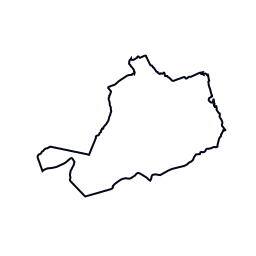 SVG path tracing the border of Sistan and Baluchestan, rotated 242°
{"feature_id": "IRN-3247", "entity_name": "Sistan and Baluchestan", "entity_type": "Province", "adm_level": 1, "iso_a3": "IRN", "parent_name": "Iran", "parent_adm1": "", "projection": "mercator", "projection_center": [61.271, 28.254], "detail": "fine", "context": "isolated", "style": "outline", "palette": "ink", "viewbox_px": 256, "rotation_deg": 242, "n_neighbors": 0, "source": "natural_earth", "source_scale": "10m", "svg_char_len": 5420}
<svg xmlns="http://www.w3.org/2000/svg" viewBox="0 0 256 256"><g transform="rotate(242 128 128)"><path d="M142.7,34.1L144.2,34.4L144.9,34.6L145.4,35.0L146.3,36.2L146.5,36.8L146.3,38.1L146.3,38.8L146.6,39.4L147.3,40.6L147.5,41.2L147.6,42.1L147.6,42.5L148.1,43.4L148.4,44.5L148.5,45.1L148.5,45.7L148.4,46.3L147.9,47.3L148.0,47.7L148.1,49.8L147.9,49.9L147.8,50.1L147.8,50.6L147.9,50.8L147.5,51.3L145.3,53.9L141.9,58.0L138.9,61.6L136.8,64.2L133.9,67.6L132.4,69.4L130.3,72.0L126.2,76.9L124.2,79.3L122.6,81.0L124.8,83.6L126.2,85.2L127.9,87.3L129.9,89.7L131.9,92.2L134.1,94.7L134.6,95.2L135.2,95.4L135.6,95.7L135.9,96.5L135.8,97.1L135.5,98.1L135.5,98.7L135.8,99.3L136.6,100.3L137.0,100.8L137.0,101.1L137.1,101.9L137.2,102.2L137.5,102.5L137.8,102.6L138.0,102.7L138.3,102.8L138.6,103.2L138.7,103.8L138.9,104.2L139.4,104.4L139.6,104.6L139.7,104.9L139.6,105.1L139.4,105.4L139.2,105.6L139.1,105.8L139.4,106.1L139.7,106.3L140.0,106.5L140.2,106.8L141.3,109.4L141.5,110.0L141.6,110.5L141.7,110.9L142.5,111.8L143.2,113.4L144.0,114.4L146.7,116.8L147.8,118.3L149.5,119.8L150.3,120.8L150.8,121.1L152.4,121.5L153.6,122.2L154.4,122.5L156.2,122.6L157.0,122.8L159.2,123.8L162.7,124.5L163.4,124.9L163.7,125.2L164.0,125.6L164.2,126.0L164.7,126.3L165.1,126.4L165.4,126.6L165.5,126.9L165.7,127.4L166.1,128.0L167.8,129.8L168.3,130.2L172.6,129.3L173.2,129.7L173.3,130.7L172.9,133.8L172.5,137.2L173.0,139.2L173.7,142.1L173.9,143.9L174.1,146.3L174.2,147.8L174.5,150.5L174.6,152.1L174.4,153.3L173.1,156.4L173.6,157.1L173.7,157.4L173.7,157.9L173.5,158.3L173.4,158.6L173.1,158.8L172.7,158.9L173.8,159.9L174.2,160.1L174.4,160.1L174.8,159.9L175.0,159.8L175.8,160.3L176.7,160.4L177.4,160.4L178.9,160.1L179.6,160.0L181.0,159.6L181.7,159.5L182.1,159.6L182.5,159.6L183.9,159.1L184.2,159.1L184.5,159.2L185.2,159.9L185.5,160.0L186.1,160.3L186.4,160.4L186.6,160.7L187.0,161.3L187.9,163.3L187.5,163.1L186.9,163.1L186.4,163.3L186.1,163.8L186.0,164.1L185.7,164.5L185.6,164.8L185.6,165.2L185.7,168.5L185.9,169.1L186.3,169.5L186.5,170.0L186.4,170.6L186.0,170.9L184.9,171.1L184.5,171.3L184.3,171.8L184.1,176.1L183.8,177.2L183.2,177.8L182.7,177.7L182.3,177.5L182.1,177.4L181.3,177.6L180.3,177.6L179.2,177.4L176.9,177.4L174.8,177.3L173.0,177.3L172.7,177.4L172.5,177.6L172.2,178.1L172.1,178.3L171.9,178.4L171.6,178.5L170.8,178.6L170.6,178.6L170.3,178.5L170.0,178.4L169.8,178.6L169.6,178.8L169.4,179.0L168.8,179.1L164.4,179.6L164.2,179.7L163.9,179.9L163.7,180.2L163.6,180.4L163.3,180.4L162.8,180.4L162.5,180.4L162.3,180.5L161.9,180.8L161.7,180.9L161.2,181.1L161.0,181.3L160.8,181.5L160.9,181.9L161.0,182.1L161.0,182.3L160.7,182.8L159.9,183.6L159.7,184.0L159.8,184.7L160.1,185.2L160.1,185.6L159.5,185.9L158.6,185.8L157.4,185.4L156.4,185.2L155.9,186.0L155.8,186.7L155.6,187.0L154.5,187.2L154.0,187.3L153.5,187.6L152.5,188.2L149.4,189.1L148.7,189.6L148.3,190.4L148.1,191.3L147.9,193.1L147.7,194.7L147.4,196.5L147.1,198.9L146.8,201.0L146.6,201.5L146.2,202.0L145.8,202.1L145.3,202.1L144.7,202.2L144.2,203.0L144.3,204.1L144.6,205.2L144.5,206.2L144.3,206.5L144.0,206.9L143.8,207.1L143.7,207.6L143.6,209.3L143.4,211.8L143.3,214.7L143.1,217.1L142.3,219.6L142.1,219.1L142.0,218.6L141.6,218.3L141.5,218.1L141.4,218.0L141.1,218.2L141.0,218.4L141.0,218.8L140.9,219.0L141.1,219.2L141.3,219.5L141.5,219.6L140.9,219.5L140.5,219.4L140.0,219.4L139.5,219.8L140.1,220.0L140.4,220.1L140.6,220.4L140.4,220.7L140.0,221.2L139.9,221.5L139.9,221.8L139.7,222.0L139.3,222.2L137.8,222.6L138.2,222.9L137.6,223.7L133.2,222.2L131.6,221.9L131.6,221.4L131.2,220.7L127.6,219.3L123.2,218.6L119.6,217.7L117.1,217.4L116.7,217.2L117.1,216.8L116.4,215.9L116.3,215.5L116.3,213.9L116.2,213.6L115.3,212.7L114.9,212.4L114.4,212.4L113.9,212.4L112.1,213.0L111.7,213.2L111.4,213.6L111.0,214.1L110.8,214.4L110.8,214.6L110.9,214.8L111.0,215.4L111.1,215.5L111.3,215.5L111.6,215.6L111.8,215.6L112.0,215.9L112.3,216.2L112.0,216.2L112.8,216.6L112.7,217.0L112.4,216.9L111.6,216.6L110.5,216.1L109.9,215.8L108.8,215.8L108.0,215.2L108.3,214.7L108.0,214.5L107.5,214.4L106.6,214.4L105.9,214.6L105.7,214.6L105.5,214.9L105.5,215.1L106.1,215.6L105.9,216.1L105.2,216.1L104.7,215.8L104.4,215.7L103.5,215.5L103.3,215.4L103.0,215.0L102.5,214.8L101.6,214.8L100.2,215.0L98.8,215.1L97.8,215.8L96.7,215.4L95.6,214.4L94.4,214.1L91.4,214.3L90.2,214.3L88.2,213.8L86.9,212.5L86.0,212.0L84.5,212.3L81.4,212.8L80.6,212.9L80.5,212.2L81.2,211.9L81.2,211.5L81.3,211.0L80.8,210.7L80.6,210.5L79.7,208.9L79.2,208.4L78.9,208.0L78.7,207.4L78.3,206.8L77.5,206.5L76.9,205.9L76.7,204.9L75.9,203.5L70.9,199.0L70.0,198.4L69.6,198.3L69.5,197.8L69.6,196.8L70.1,196.1L70.4,195.9L70.9,194.6L71.1,193.6L71.1,191.7L71.4,191.0L71.7,190.5L71.7,189.5L72.2,188.9L72.6,187.8L72.4,186.7L71.5,185.6L71.0,183.9L71.6,182.5L72.5,181.5L72.5,180.5L71.6,179.7L71.2,179.1L71.9,177.8L72.7,175.6L71.3,172.7L69.3,170.4L68.7,168.4L68.8,166.5L68.7,165.4L68.1,162.9L68.1,160.0L71.1,148.0L71.5,144.6L71.3,134.3L74.3,130.3L75.1,127.6L74.2,126.1L72.0,124.4L71.1,122.9L72.6,122.1L75.6,121.1L81.7,117.5L82.9,116.6L83.7,115.7L83.7,114.6L83.5,113.5L82.7,111.8L82.6,109.4L82.3,107.4L82.6,105.4L84.9,102.0L85.7,99.0L85.7,96.4L84.8,90.0L83.8,87.3L82.6,86.6L82.0,85.9L82.2,83.4L87.6,58.2L88.4,57.8L108.2,52.2L109.7,52.4L110.6,53.4L111.2,53.9L113.6,54.6L116.9,57.0L121.0,62.9L123.2,64.8L126.8,64.6L127.7,64.3L128.1,63.6L128.1,62.7L126.8,56.7L126.7,54.4L127.2,46.4L128.5,41.9L130.2,37.8L130.5,34.1L130.1,32.3L134.5,32.9L139.7,33.7L142.7,34.1Z" fill="none" stroke="#020617" stroke-width="2"/></g></svg>